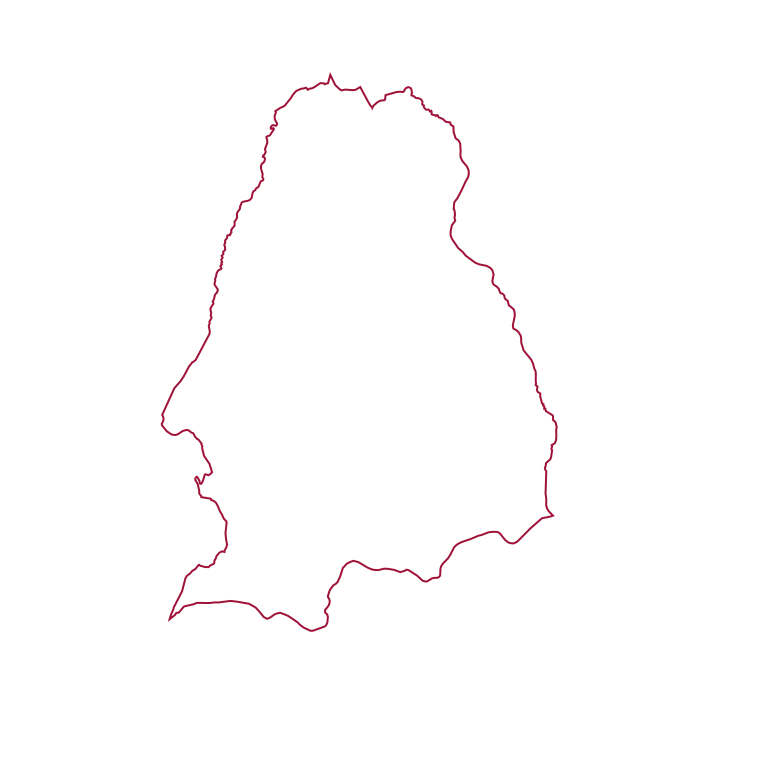 Tutazá, Boyacá, Colombia (Robinson projection), rotated 198°
{"feature_id": "7082276B26518640564592", "entity_name": "Tutazá", "entity_type": "district", "adm_level": 2, "iso_a3": "COL", "parent_name": "Colombia", "parent_adm1": "Boyacá", "projection": "robinson", "projection_center": [-72.847, 6.08], "detail": "fine", "context": "isolated", "style": "outline", "palette": "rose", "viewbox_px": 768, "rotation_deg": 198, "n_neighbors": 0, "source": "geoboundaries", "source_scale": "gbopen_adm2", "svg_char_len": 6163}
<svg xmlns="http://www.w3.org/2000/svg" viewBox="0 0 768 768"><g transform="rotate(198 384 384)"><path d="M578.3,324.0L582.1,315.2L585.4,286.1L583.5,284.0L582.9,282.7L582.5,280.5L583.1,277.6L582.4,276.1L576.0,271.9L570.2,270.3L566.4,271.1L564.6,272.4L560.9,277.1L557.8,279.2L555.6,279.6L552.2,278.3L550.2,278.2L547.2,275.3L546.4,275.1L545.2,274.1L543.5,273.9L539.1,271.0L538.9,270.0L537.8,269.1L537.1,266.8L533.0,260.1L525.3,254.1L520.2,246.9L521.3,244.8L522.6,243.1L525.8,243.0L526.4,242.5L526.3,236.4L526.7,233.2L527.1,232.6L527.9,232.3L528.4,232.6L529.7,235.0L532.8,237.8L533.4,237.9L534.1,236.8L534.2,235.6L533.7,234.3L530.2,231.2L526.8,225.5L525.8,222.6L523.1,220.9L522.8,219.9L513.5,221.4L512.9,221.1L512.5,220.2L510.2,220.3L507.3,219.3L504.8,217.0L500.5,212.1L497.7,209.7L494.8,206.5L491.4,204.6L490.8,203.4L488.7,193.2L486.5,188.1L483.6,182.7L483.5,180.0L484.2,176.1L483.8,175.0L486.5,174.7L488.5,172.6L490.1,168.7L490.1,166.0L490.7,163.9L490.1,161.0L490.7,160.0L492.8,158.2L494.3,155.6L497.8,154.6L502.7,154.4L503.9,154.9L504.4,154.6L506.2,149.8L508.5,147.1L510.0,143.7L512.3,140.4L512.8,137.9L512.0,124.4L514.9,106.6L514.7,104.6L515.3,99.1L515.2,94.1L511.5,99.6L510.8,102.1L508.5,103.2L505.6,110.4L504.4,111.3L496.7,115.9L494.4,118.0L482.5,121.7L477.4,124.0L473.9,125.1L462.9,130.3L455.8,131.7L444.3,133.3L436.9,131.7L432.1,129.0L426.5,125.3L422.7,124.5L420.0,126.8L416.7,131.3L413.8,133.4L412.0,134.3L408.6,134.2L403.9,133.9L399.5,132.7L392.2,130.5L389.8,129.1L385.1,127.5L377.8,126.6L375.3,127.4L365.4,135.1L364.4,136.9L364.2,140.0L365.4,145.1L366.8,147.3L369.3,148.4L370.2,150.6L368.2,156.2L368.1,159.0L368.7,161.1L369.8,162.8L371.2,163.7L371.8,165.1L371.9,170.3L371.6,172.2L370.1,176.6L367.8,179.5L367.0,181.2L366.2,187.4L366.3,196.2L363.7,201.8L360.9,204.5L358.4,206.4L353.5,206.7L342.9,204.3L338.3,203.9L335.2,204.3L332.0,205.2L326.6,208.5L322.7,209.5L316.8,210.4L310.4,210.1L306.8,212.6L305.3,214.3L303.3,214.6L293.3,212.0L286.6,208.9L283.8,208.9L282.1,209.5L278.5,213.7L277.1,214.8L273.1,216.3L272.0,217.6L271.4,219.1L273.2,225.7L273.3,228.3L272.5,231.4L269.3,237.8L268.2,241.9L266.9,250.1L266.0,252.3L264.1,254.9L261.4,257.6L254.1,263.0L247.3,268.9L244.5,270.6L238.7,275.3L234.4,277.2L231.0,278.2L229.1,278.2L227.1,277.4L220.6,273.1L217.0,271.8L214.6,271.7L211.5,272.4L208.6,275.1L200.0,292.2L192.3,305.1L185.2,309.1L182.6,311.0L188.3,314.1L190.2,315.8L192.2,318.5L194.3,325.2L196.5,329.7L202.7,351.2L204.7,352.9L205.0,353.9L204.9,356.0L205.5,358.8L202.6,363.8L202.5,366.2L203.6,372.8L204.8,374.2L204.8,376.6L205.7,377.6L203.2,380.5L203.0,383.4L203.7,386.7L206.2,394.0L206.3,396.2L208.6,400.0L209.6,401.0L211.7,401.7L212.2,402.3L213.0,404.9L213.9,406.3L221.8,408.3L222.9,410.4L224.0,410.0L224.7,412.3L226.0,412.6L226.1,414.1L227.6,414.3L231.7,420.6L232.3,423.0L232.8,423.4L235.2,423.9L236.1,424.7L236.8,426.0L237.2,429.0L239.4,429.8L239.5,431.4L240.5,433.4L242.9,441.0L244.0,443.3L245.8,445.1L248.6,449.5L251.6,452.7L261.6,459.1L266.2,465.7L267.8,470.2L269.2,472.5L272.4,475.1L275.4,476.3L277.7,476.5L278.5,477.3L279.6,479.6L280.7,489.3L281.7,492.0L283.5,494.9L287.4,496.7L289.5,497.3L292.1,501.4L294.6,502.2L295.7,503.0L297.1,505.5L299.3,506.5L301.2,506.4L302.2,507.2L304.2,510.0L306.7,511.4L310.4,512.4L311.5,513.4L312.8,515.5L313.6,522.0L316.2,525.8L318.6,527.2L322.8,528.1L330.4,527.2L334.9,527.6L345.9,531.3L349.8,533.8L355.6,536.3L364.3,543.1L366.6,546.0L367.8,549.7L368.5,556.0L366.7,561.3L368.4,564.0L368.7,566.7L369.8,569.3L371.1,571.6L371.9,572.0L373.3,578.6L371.7,583.1L370.3,590.8L368.9,602.1L368.0,606.3L368.2,609.9L369.6,613.4L372.3,616.5L378.4,620.3L381.2,623.3L382.1,625.3L383.1,629.2L385.9,636.3L388.1,638.5L391.9,639.9L395.6,645.1L397.6,650.4L400.6,651.2L401.9,653.2L406.4,652.5L409.8,654.2L414.6,654.6L415.8,656.1L416.4,656.1L417.4,655.0L417.9,655.6L419.4,655.1L422.0,655.2L423.0,658.0L423.5,658.4L424.4,657.4L426.4,658.8L428.5,657.9L429.7,658.3L431.7,659.6L432.1,661.2L433.7,661.5L434.1,661.9L434.6,664.2L436.1,665.8L438.5,666.5L442.3,665.9L444.1,666.8L447.0,667.0L447.4,667.6L447.3,669.5L449.1,672.7L450.1,673.7L452.3,673.9L452.8,673.8L454.6,672.1L455.4,669.9L455.4,668.4L456.5,667.4L458.6,667.1L462.2,665.6L471.8,659.2L470.9,655.1L471.3,654.0L474.8,652.5L477.2,650.1L480.0,645.5L480.4,643.0L480.7,643.5L482.6,644.3L486.3,647.5L498.4,659.1L501.9,655.0L504.8,653.7L511.7,652.1L515.1,650.1L517.2,650.6L522.8,653.3L530.6,661.4L530.2,652.8L533.0,650.8L533.5,651.4L534.3,651.3L537.5,650.5L541.7,645.1L543.8,643.0L546.0,641.9L547.4,640.3L549.5,641.7L550.2,641.5L551.5,640.3L553.6,639.5L557.5,636.1L558.4,634.9L560.1,630.8L560.8,627.5L564.5,617.8L568.1,614.4L571.7,609.9L570.7,608.7L570.9,605.3L569.9,602.6L568.9,601.2L566.5,599.1L566.0,598.0L566.2,596.6L566.7,596.2L569.4,596.0L570.6,594.9L571.0,593.1L570.6,591.9L569.9,591.9L568.3,593.1L567.5,592.5L567.5,592.0L569.4,585.2L572.2,582.9L571.9,581.8L570.8,580.5L569.5,577.3L569.8,570.6L568.3,568.4L568.2,567.6L568.7,565.1L569.6,563.7L569.4,562.6L567.7,562.6L566.9,561.6L566.6,560.5L566.6,558.8L567.1,557.1L568.1,556.1L568.4,553.3L567.5,550.8L564.3,546.2L563.7,543.3L562.1,541.7L561.9,541.0L562.2,540.0L563.2,539.4L563.9,538.4L564.3,532.8L566.1,530.4L566.4,528.6L567.8,526.7L568.0,525.1L567.4,520.4L568.0,518.5L568.5,517.6L570.3,516.0L574.1,514.0L575.3,512.7L575.5,511.8L575.4,510.4L575.8,508.4L575.3,507.3L575.2,505.8L576.4,502.3L576.5,500.5L575.2,497.0L575.5,494.5L576.3,492.3L575.0,488.3L576.3,485.4L576.9,482.8L575.9,481.2L576.6,479.6L576.2,478.8L576.7,477.9L578.8,477.0L578.4,474.2L579.5,471.5L578.7,469.4L578.9,466.9L577.8,465.6L576.5,462.6L577.8,459.9L576.9,458.0L578.0,455.7L576.6,454.5L577.2,451.9L575.5,449.7L576.1,448.8L575.1,447.5L575.9,446.4L576.0,445.3L574.7,444.4L574.3,443.5L574.6,442.8L576.4,441.3L577.0,439.9L577.4,437.5L576.9,433.9L577.2,431.9L576.3,429.7L576.3,427.3L575.6,425.9L571.9,423.1L571.0,421.9L571.2,418.9L572.0,417.8L572.3,416.1L572.0,413.2L572.1,410.6L572.5,409.6L571.2,408.2L571.0,407.4L572.0,404.8L572.3,401.4L570.4,398.6L569.8,395.2L568.7,394.3L568.5,393.1L569.3,389.3L568.6,387.9L568.6,385.1L565.8,379.9L565.5,377.4L570.5,348.9L571.4,347.2L573.0,345.4L574.9,340.3L576.8,329.5L578.3,324.0Z" fill="none" stroke="#9f1239" stroke-width="2"/></g></svg>